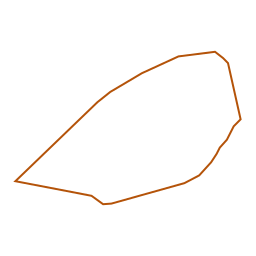 an SVG outline of Al Fayyum
{"feature_id": "EGY-1542", "entity_name": "Al Fayyum", "entity_type": "Governorate", "adm_level": 1, "iso_a3": "EGY", "parent_name": "Egypt", "parent_adm1": "", "projection": "orthographic", "projection_center": [30.723, 29.357], "detail": "fine", "context": "isolated", "style": "outline", "palette": "amber", "viewbox_px": 256, "rotation_deg": 0, "n_neighbors": 0, "source": "natural_earth", "source_scale": "10m", "svg_char_len": 358}
<svg xmlns="http://www.w3.org/2000/svg" viewBox="0 0 256 256"><path d="M240.6,119.3L233.7,126.3L226.9,139.7L219.8,147.6L216.6,153.9L211.1,162.3L199.2,175.4L184.5,183.1L111.4,203.6L103.1,204.2L91.5,195.8L15.4,181.2L97.4,102.2L110.3,91.9L141.9,73.2L178.5,56.4L215.0,51.8L223.1,58.1L228.0,63.1L240.6,119.3Z" fill="none" stroke="#b45309" stroke-width="2"/></svg>